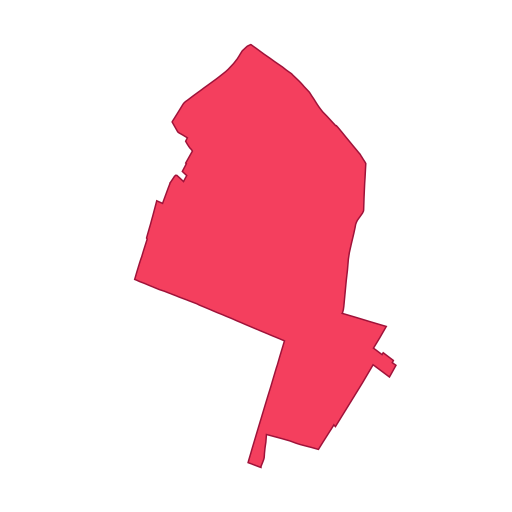 Dumbravita, Timis, Romania, rotated 82°
{"feature_id": "2599482B50242835531665", "entity_name": "Dumbravita", "entity_type": "district", "adm_level": 2, "iso_a3": "ROU", "parent_name": "Romania", "parent_adm1": "Timis", "projection": "natural_earth1", "projection_center": [21.239, 45.803], "detail": "fine", "context": "isolated", "style": "filled", "palette": "rose", "viewbox_px": 512, "rotation_deg": 82, "n_neighbors": 0, "source": "geoboundaries", "source_scale": "gbopen_adm2", "svg_char_len": 3370}
<svg xmlns="http://www.w3.org/2000/svg" viewBox="0 0 512 512"><g transform="rotate(82 256 256)"><path d="M436.0,201.1L422.3,189.7L396.5,168.3L380.0,155.2L394.4,140.7L391.8,138.7L383.7,132.6L380.6,135.9L378.6,134.5L369.5,143.5L371.2,144.9L363.6,152.5L354.3,144.9L343.9,136.8L341.1,143.0L337.0,152.0L330.5,166.0L324.8,178.6L324.6,178.4L321.4,177.0L318.3,176.1L292.7,170.0L282.7,167.4L272.1,165.0L265.7,163.1L257.2,159.9L247.5,156.1L241.8,154.0L240.6,153.6L238.5,152.9L236.3,151.7L234.6,150.5L228.5,144.7L227.2,143.8L226.4,143.3L225.4,143.0L212.7,140.8L198.8,138.2L194.5,137.3L179.7,134.4L177.9,135.1L175.1,136.4L174.2,136.8L173.0,137.3L172.0,137.8L171.1,138.2L169.8,138.7L167.8,140.0L165.5,141.4L160.0,144.8L153.1,149.0L151.0,150.3L145.5,153.6L140.0,157.0L138.1,158.3L138.0,159.0L133.1,162.4L127.3,166.4L123.1,169.5L122.4,170.0L119.6,171.6L117.4,172.8L115.4,173.8L112.6,175.1L109.2,176.6L107.3,177.5L105.5,178.4L103.5,179.3L102.2,179.9L101.3,180.3L97.9,182.7L94.8,184.9L93.5,185.7L91.4,187.1L88.9,188.9L86.5,190.8L84.6,192.3L83.1,193.5L81.8,194.5L80.5,195.4L76.2,200.0L72.6,203.4L66.0,210.6L62.4,214.3L58.1,219.0L56.7,220.5L50.3,227.0L47.4,230.1L46.1,231.4L45.9,231.8L46.3,233.2L46.7,234.4L46.9,235.1L47.2,235.7L48.5,237.6L49.5,239.0L50.8,240.9L51.2,241.3L53.7,243.4L55.7,245.0L58.4,247.3L59.3,248.3L60.2,249.2L62.4,251.5L64.4,254.0L67.3,257.6L69.1,260.2L71.8,264.8L73.2,267.2L75.3,270.9L77.9,275.8L80.3,280.3L82.6,284.7L83.2,285.7L86.2,291.3L88.6,295.8L92.3,302.4L93.3,304.4L94.3,305.8L94.7,306.3L95.1,306.7L96.0,307.5L100.0,310.8L104.7,314.7L111.1,320.1L111.6,320.4L116.2,318.6L122.0,316.3L122.5,316.0L123.3,315.2L125.9,311.8L129.4,307.5L132.6,309.7L133.6,309.3L135.8,308.4L137.3,307.7L138.2,307.3L140.2,306.2L140.9,305.6L141.7,305.2L142.2,304.8L143.3,304.4L149.6,309.2L154.2,312.7L154.9,312.1L162.0,317.2L164.5,315.2L165.6,314.3L166.7,313.4L169.8,315.7L172.2,317.4L168.2,320.6L165.1,323.2L165.1,323.6L164.9,324.2L164.9,324.4L165.5,325.2L165.7,325.6L167.1,326.8L170.9,330.2L171.8,331.1L172.2,331.1L173.3,331.7L176.9,333.7L179.7,335.2L190.9,341.2L189.1,344.1L187.5,346.6L190.4,347.8L202.3,352.8L204.8,353.9L210.2,356.2L215.3,358.5L220.5,360.8L223.0,361.9L224.1,361.4L231.0,364.7L235.4,366.8L241.3,369.5L242.1,370.0L247.0,372.4L255.6,376.4L262.3,379.4L263.3,377.6L264.3,376.1L265.3,374.5L267.3,370.8L268.0,369.6L268.9,368.1L270.4,365.6L273.1,361.0L275.8,356.4L278.1,351.7L280.7,347.1L284.5,340.3L285.7,338.3L288.3,333.5L289.8,330.7L290.8,329.0L294.6,322.1L295.1,321.2L295.8,320.2L296.6,319.1L298.7,315.5L301.0,311.6L306.4,302.7L309.4,297.4L311.6,293.8L313.9,289.8L315.8,286.7L317.4,284.2L320.0,279.8L322.7,275.4L324.6,272.2L328.2,266.2L331.9,260.0L333.1,257.9L333.8,256.8L337.9,249.9L338.9,248.1L344.0,239.6L348.1,241.5L350.5,242.6L359.2,246.6L366.8,250.0L369.4,251.3L378.8,255.6L387.2,259.4L390.6,261.0L394.6,262.9L399.1,265.0L407.1,268.7L417.1,273.3L425.1,277.0L432.7,280.5L437.1,282.5L443.0,285.2L446.5,286.8L450.8,288.7L457.6,291.8L459.5,292.6L465.4,281.9L466.1,280.5L465.0,280.3L461.0,278.0L458.6,276.7L456.9,276.0L454.7,275.5L453.1,275.2L449.0,274.2L447.0,273.7L441.9,272.2L441.5,272.1L434.2,270.5L439.2,258.7L440.4,255.9L441.9,252.5L443.8,248.2L447.0,242.3L448.0,240.2L448.9,238.3L450.4,234.7L452.2,230.4L452.9,228.6L456.2,221.1L450.2,216.1L440.8,208.1L436.6,204.5L434.1,202.4L434.3,202.3L436.0,201.1Z" fill="#f43f5e" stroke="#9f1239" stroke-width="1.5"/></g></svg>